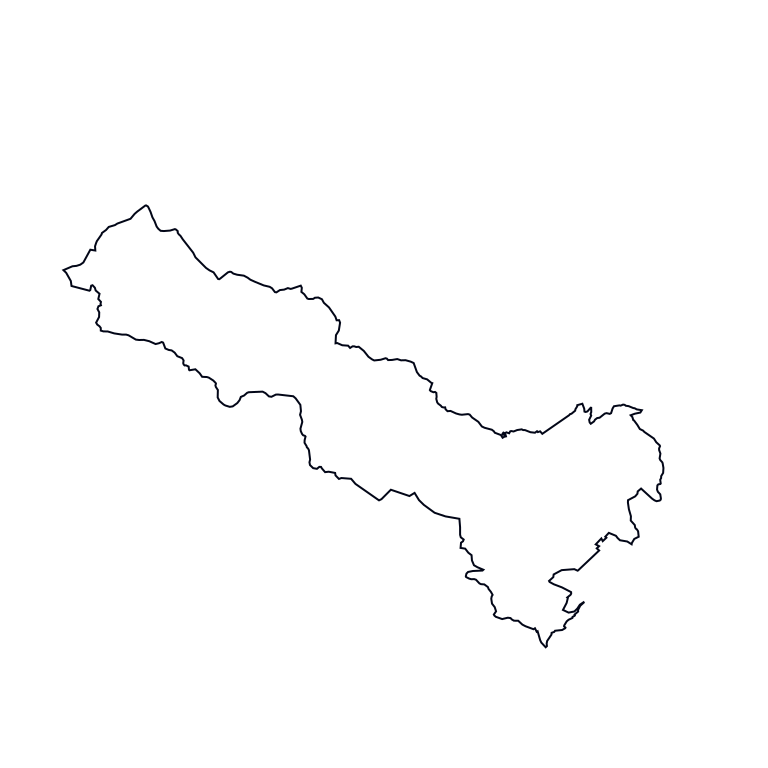 outline of Aninoasa, Arges, Romania, rotated 317°
{"feature_id": "2599482B31273481879350", "entity_name": "Aninoasa", "entity_type": "district", "adm_level": 2, "iso_a3": "ROU", "parent_name": "Romania", "parent_adm1": "Arges", "projection": "mercator", "projection_center": [24.903, 45.245], "detail": "fine", "context": "isolated", "style": "outline", "palette": "ink", "viewbox_px": 768, "rotation_deg": 317, "n_neighbors": 0, "source": "geoboundaries", "source_scale": "gbopen_adm2", "svg_char_len": 6139}
<svg xmlns="http://www.w3.org/2000/svg" viewBox="0 0 768 768"><g transform="rotate(317 384 384)"><path d="M538.7,623.4L540.2,619.9L541.3,618.7L543.5,617.7L543.8,616.9L543.4,612.3L544.2,608.0L541.7,596.6L541.7,594.8L540.4,591.4L541.4,586.6L542.0,581.2L541.7,580.4L543.1,577.6L543.1,575.1L547.2,576.8L552.0,579.7L554.7,579.0L551.5,574.9L550.8,572.7L549.9,571.6L547.8,567.0L546.0,564.8L545.8,563.4L544.8,562.1L542.3,561.2L541.6,560.2L537.0,557.1L534.5,557.8L530.2,560.2L528.7,559.8L526.9,557.1L525.2,556.2L518.7,555.7L516.7,554.3L514.0,554.0L512.1,554.6L508.1,554.1L508.2,552.4L509.6,550.1L514.0,548.4L514.6,546.8L516.4,545.9L519.3,542.7L519.0,542.3L514.1,542.8L512.4,542.0L511.8,540.9L513.6,538.6L515.6,533.7L510.9,531.3L510.1,532.1L506.8,533.0L505.6,533.9L500.8,533.6L499.5,532.9L498.2,533.1L465.8,528.4L465.9,525.1L463.7,524.1L463.7,522.9L461.2,522.6L458.2,519.1L455.7,513.9L454.3,512.5L453.8,511.1L450.0,508.5L446.4,507.1L444.9,505.1L444.0,504.7L441.9,505.4L440.5,502.8L438.9,502.6L438.2,501.0L436.8,501.2L436.3,502.0L438.2,504.1L437.5,505.5L436.0,504.6L434.1,504.2L434.7,501.1L431.8,495.2L432.1,493.5L431.7,491.0L427.7,484.6L426.6,481.8L427.2,476.0L425.6,468.6L425.8,464.8L424.9,463.3L420.0,459.6L418.5,457.8L416.6,454.7L414.3,449.1L411.9,447.2L411.8,444.4L412.8,442.8L411.4,441.6L410.6,440.1L410.8,438.7L410.2,435.3L410.4,433.7L412.1,430.5L413.7,429.3L416.2,426.2L415.9,424.6L414.5,423.7L413.3,421.0L413.4,419.7L419.9,416.3L419.4,415.4L418.7,410.0L416.3,406.0L416.2,403.6L415.7,402.2L416.2,397.7L420.0,388.9L418.8,385.9L416.0,381.3L412.6,378.3L410.7,374.8L406.3,371.9L403.3,369.3L403.4,367.4L402.7,366.2L398.1,364.0L392.9,360.1L392.1,358.0L391.2,353.5L391.8,346.0L390.9,339.5L388.9,338.0L387.9,336.1L386.7,335.0L383.8,334.5L383.9,331.5L379.9,327.2L377.7,322.1L376.3,321.2L382.2,315.5L387.4,314.1L393.7,309.2L394.7,306.7L392.8,305.1L394.4,301.5L396.0,290.5L395.4,283.6L396.4,279.7L394.9,275.9L392.3,273.8L390.3,273.5L386.9,270.5L386.2,269.2L386.9,264.0L386.4,260.3L389.5,257.6L390.2,255.3L381.6,251.4L380.5,250.7L379.1,248.3L375.4,246.9L371.9,244.3L367.8,243.6L366.9,242.4L367.4,237.7L366.7,235.0L363.3,229.9L359.4,221.4L357.4,216.6L356.8,213.3L355.4,209.2L351.1,203.9L349.1,200.5L348.7,197.9L347.9,196.8L346.0,195.9L336.3,195.2L335.0,195.0L334.3,194.1L335.5,186.1L333.9,181.9L333.0,177.7L332.5,162.8L334.0,157.8L335.5,140.9L336.2,136.8L336.0,134.6L336.3,132.7L337.4,131.5L337.2,129.1L336.7,128.1L332.2,125.9L327.3,122.0L325.1,119.6L324.8,116.5L325.1,113.8L327.3,108.3L328.3,104.2L330.6,99.0L332.0,94.7L332.4,93.2L331.8,91.1L331.0,90.7L321.0,89.6L317.6,89.5L311.3,90.3L298.4,84.8L295.6,84.3L289.8,81.4L285.8,81.8L280.7,81.2L279.4,82.0L271.4,83.7L269.5,84.6L266.6,86.2L263.9,89.5L260.8,85.5L247.0,90.1L243.3,89.6L239.7,87.9L236.4,85.4L227.2,82.1L227.4,85.9L225.2,95.1L222.3,99.2L232.2,114.9L233.2,115.0L236.9,112.4L238.2,113.0L238.2,116.4L236.9,119.0L237.5,124.0L233.0,127.0L233.0,130.9L231.2,132.2L230.7,133.4L228.2,132.4L225.6,133.7L224.6,137.4L221.3,140.7L215.3,142.8L214.8,145.0L215.3,147.7L215.1,149.8L213.3,151.8L214.7,154.2L217.8,157.2L221.2,163.0L226.1,169.2L229.1,172.0L230.4,174.2L232.8,182.3L234.9,184.8L238.5,188.0L241.5,192.6L244.2,199.0L247.2,200.7L250.1,201.7L250.7,203.1L248.3,208.9L249.8,212.3L251.6,214.6L252.3,218.3L251.8,222.7L254.0,227.4L253.5,230.1L251.4,231.8L250.8,233.1L250.8,234.4L251.9,235.3L253.0,238.0L251.1,240.6L251.1,241.3L256.1,244.6L256.5,250.4L255.9,254.7L259.2,258.1L260.2,259.8L261.5,264.9L261.6,268.3L261.3,269.2L259.8,270.0L259.0,271.5L258.4,275.1L253.2,280.4L252.1,284.2L252.7,289.6L253.3,291.5L255.6,295.5L258.1,297.2L263.7,297.9L267.4,297.3L270.5,295.8L273.8,297.0L277.9,297.1L279.5,297.8L290.0,306.8L291.1,309.9L291.4,314.6L293.0,316.6L297.7,318.0L299.4,319.5L309.3,331.1L309.6,334.2L308.6,342.2L304.7,347.3L301.6,349.3L299.6,354.1L298.4,356.0L292.4,359.7L291.0,361.7L290.0,364.7L289.9,366.3L290.8,368.0L290.8,368.9L287.7,370.9L285.8,372.8L285.0,376.7L284.4,377.7L284.5,379.4L283.9,381.3L278.4,388.9L276.1,390.4L274.6,392.8L274.8,397.2L277.1,400.3L280.2,400.5L281.4,401.7L281.0,403.3L280.8,408.3L283.7,410.4L287.6,415.7L286.2,417.8L286.3,422.7L288.7,423.7L295.3,430.9L295.0,437.6L301.0,465.7L303.6,466.5L316.9,466.0L326.2,483.3L332.1,484.5L330.4,492.8L330.7,499.6L333.2,512.7L338.7,522.8L347.2,534.0L342.0,540.6L336.8,546.2L335.6,548.5L336.2,552.1L334.5,552.9L332.1,552.6L328.2,556.1L331.1,559.8L330.6,564.9L331.3,568.9L328.0,573.0L326.2,577.9L327.4,581.8L330.0,587.6L328.8,587.6L321.5,581.4L317.3,578.8L315.0,578.9L312.7,580.4L312.4,581.2L313.6,584.5L314.7,586.3L316.9,588.2L317.8,589.9L317.8,594.9L318.4,596.5L320.7,599.0L321.5,603.4L320.7,605.2L320.4,609.1L319.6,612.3L317.9,612.8L316.0,614.2L313.2,618.3L312.8,622.7L310.9,626.7L307.1,627.5L306.8,628.7L307.0,630.5L310.1,636.5L315.2,639.4L316.9,641.5L316.9,643.4L317.6,645.7L320.7,648.7L321.1,654.3L322.3,657.7L326.1,665.3L327.8,665.6L326.7,669.4L327.7,669.6L323.5,677.9L322.7,680.4L322.7,686.8L324.4,686.8L326.0,684.7L328.1,683.2L335.5,681.5L336.9,680.3L339.4,681.4L340.8,681.1L346.5,685.4L350.0,686.2L350.6,685.9L350.4,684.1L351.1,683.5L355.7,682.2L358.2,682.3L362.2,683.6L363.1,682.9L365.2,683.5L365.8,683.4L366.1,682.6L370.8,682.8L371.8,681.6L376.3,680.0L381.0,680.1L381.1,679.7L376.7,679.0L372.2,680.1L368.1,680.2L363.1,677.1L360.8,671.3L368.2,668.7L372.5,665.9L372.4,665.1L376.6,665.4L377.9,665.0L378.9,663.8L375.4,654.0L371.6,646.3L370.1,641.7L370.4,640.6L376.1,640.7L378.2,639.0L387.0,641.3L396.9,649.2L398.3,652.6L398.8,652.7L427.8,652.5L427.5,649.3L430.7,649.3L429.5,645.7L437.6,645.2L436.8,648.1L441.8,648.1L441.7,646.6L446.9,646.2L450.1,653.2L449.8,656.0L450.0,659.2L454.5,665.1L455.8,670.1L456.9,669.3L461.4,668.0L466.1,669.4L469.4,665.0L469.8,662.8L469.5,661.4L469.9,660.1L471.2,658.2L471.3,652.2L474.4,649.1L477.7,642.6L481.5,637.1L483.2,635.4L491.1,637.5L494.5,637.1L496.3,635.6L500.7,635.8L501.9,650.8L502.5,653.6L503.4,655.6L506.2,657.3L507.5,657.3L508.5,656.5L510.8,653.1L510.8,649.6L511.7,647.4L514.8,644.6L516.2,644.5L517.9,645.6L518.5,645.5L520.7,642.4L522.5,641.8L523.9,640.4L527.5,639.4L531.1,636.0L533.6,632.2L534.1,631.2L534.2,627.9L534.8,626.4L538.7,623.4Z" fill="none" stroke="#020617" stroke-width="2"/></g></svg>